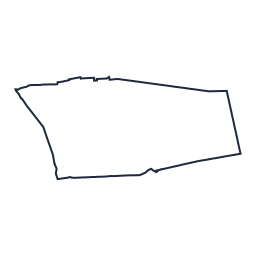 the district of Boekel, Noord-Brabant, Netherlands
{"feature_id": "6326949B38517074221522", "entity_name": "Boekel", "entity_type": "district", "adm_level": 2, "iso_a3": "NLD", "parent_name": "Netherlands", "parent_adm1": "Noord-Brabant", "projection": "natural_earth1", "projection_center": [5.678, 51.606], "detail": "fine", "context": "isolated", "style": "outline", "palette": "slate", "viewbox_px": 256, "rotation_deg": 0, "n_neighbors": 0, "source": "geoboundaries", "source_scale": "gbopen_adm2", "svg_char_len": 4348}
<svg xmlns="http://www.w3.org/2000/svg" viewBox="0 0 256 256"><path d="M57.6,179.0L57.9,179.0L58.4,179.0L59.0,178.9L61.1,178.6L66.4,177.9L67.7,177.7L67.9,177.6L68.0,177.5L68.5,177.3L68.8,177.3L69.1,177.3L70.0,177.1L70.6,177.1L70.8,177.4L72.0,177.7L72.7,177.7L72.9,177.7L73.0,177.7L73.4,177.8L73.9,177.8L74.8,177.8L77.1,177.7L77.6,177.7L78.2,177.6L79.9,177.6L81.4,177.5L83.3,177.4L84.2,177.4L84.4,177.4L84.8,177.4L86.4,177.3L86.8,177.3L89.0,177.2L90.5,177.1L93.2,177.0L94.5,177.0L97.7,176.8L99.2,176.8L100.5,176.7L101.7,176.7L104.2,176.6L104.4,176.6L106.1,176.5L106.3,176.5L107.0,176.4L108.7,176.2L108.9,176.2L109.2,176.1L110.2,176.1L111.1,176.0L111.6,176.0L112.0,176.0L112.6,176.1L113.0,176.1L113.4,176.1L113.9,176.1L115.1,176.0L116.2,176.0L116.5,176.0L117.8,175.9L119.1,175.8L120.3,175.8L121.5,175.7L122.8,175.6L123.9,175.6L125.6,175.5L126.3,175.4L127.0,175.4L129.9,175.3L131.1,175.3L132.3,175.3L132.8,175.3L133.3,175.3L138.7,175.2L139.6,175.2L143.3,173.6L144.5,173.0L144.7,172.9L145.5,172.6L146.8,171.4L147.7,170.6L148.1,170.3L150.0,169.3L150.3,169.1L150.9,168.8L151.2,168.8L152.6,170.0L152.9,170.3L153.3,170.5L153.6,170.7L153.8,170.8L154.1,170.9L154.4,171.0L154.6,171.1L155.0,171.3L155.3,171.5L155.6,171.7L155.8,171.8L156.1,172.0L156.3,172.1L156.6,171.9L157.1,171.5L157.3,171.4L156.7,170.5L158.1,170.2L158.9,170.1L159.4,169.9L160.6,169.4L160.7,169.6L161.5,169.3L162.2,169.2L166.0,168.4L168.5,167.8L169.4,167.6L171.7,167.1L173.7,166.6L177.1,165.9L179.6,165.3L182.4,164.6L183.6,164.3L190.7,162.8L191.0,162.7L192.5,162.4L196.9,161.4L198.8,161.0L203.5,160.2L206.8,159.7L209.3,159.2L209.5,159.2L210.6,159.0L213.0,158.5L215.3,158.2L216.9,157.9L218.5,157.6L221.2,157.1L226.8,156.1L228.7,155.8L231.5,155.3L233.4,155.0L237.9,154.2L239.2,154.0L240.6,153.7L240.3,152.7L240.1,151.7L239.8,150.6L239.5,149.1L239.2,147.8L237.9,141.9L237.0,137.6L236.9,137.2L235.7,131.6L234.6,127.0L233.5,121.6L232.4,116.9L231.6,113.3L231.6,113.0L230.7,109.0L229.8,105.0L228.9,100.8L226.8,91.3L226.7,90.9L222.3,91.0L217.2,91.1L216.6,91.2L216.1,91.2L214.9,91.2L209.0,91.3L208.7,91.3L205.2,90.8L203.2,90.6L195.7,89.5L187.9,88.5L182.4,87.7L176.8,87.0L172.4,86.4L169.8,86.0L166.2,85.5L159.3,84.6L157.8,84.4L154.9,84.0L150.4,83.4L139.5,81.9L136.4,81.5L128.3,80.4L126.7,80.2L117.9,79.0L117.3,79.0L117.0,79.0L116.6,79.1L115.9,79.1L113.0,79.4L111.2,79.6L109.5,79.7L109.4,78.5L109.1,77.0L106.8,78.4L106.7,78.5L102.5,78.7L101.0,78.8L96.8,79.0L96.7,79.0L96.8,79.8L96.9,80.5L94.1,80.7L93.9,77.8L92.7,77.9L91.9,77.9L87.4,78.1L85.2,78.2L84.3,78.3L83.4,78.3L81.2,78.5L80.8,78.6L80.6,77.9L80.5,77.5L80.4,77.2L74.0,78.4L69.2,79.3L69.4,79.9L69.4,80.0L69.2,80.1L68.0,80.4L67.1,80.6L65.2,81.0L64.6,81.1L63.5,81.4L62.4,81.6L61.3,81.8L61.1,81.9L59.9,82.1L58.9,82.1L57.8,82.1L57.6,82.2L57.5,82.8L57.5,83.2L57.4,84.0L57.2,84.2L57.0,84.3L55.9,84.3L54.7,84.4L53.5,84.4L51.9,84.4L50.4,84.4L50.1,84.4L48.6,84.4L47.2,84.5L45.3,84.5L44.3,84.5L43.7,84.5L43.3,84.5L42.9,84.5L41.8,84.8L41.5,84.8L39.9,85.0L39.7,85.0L39.3,85.0L39.0,85.0L38.0,85.0L37.0,84.9L36.7,85.0L36.3,85.0L35.1,85.0L33.9,85.0L32.6,85.1L31.8,85.1L31.0,85.1L30.7,85.1L30.4,85.1L29.7,85.3L29.0,85.4L28.7,85.5L27.5,86.3L27.2,86.5L26.0,86.9L24.9,87.1L23.8,87.4L22.6,87.7L21.7,87.9L21.4,88.0L20.1,88.4L19.9,88.5L19.7,88.6L18.7,89.3L17.9,89.8L17.1,89.4L16.8,89.3L16.1,89.3L15.9,89.3L15.6,89.3L15.4,89.3L15.5,89.6L16.1,90.7L16.6,91.5L16.8,91.8L17.2,92.2L17.5,92.6L18.4,93.5L18.7,93.7L18.9,93.9L18.9,94.3L19.3,94.8L19.3,95.1L19.7,95.9L19.9,96.3L20.1,96.7L21.0,98.1L21.2,98.5L21.3,98.6L21.5,98.6L21.8,98.6L22.0,98.7L22.4,99.4L23.0,100.2L26.0,104.7L27.5,106.8L28.7,108.3L33.1,113.9L40.9,123.9L41.0,124.1L42.5,126.0L43.2,126.8L43.3,126.9L43.3,127.0L43.6,128.0L44.0,129.0L45.7,134.0L46.5,136.4L46.8,137.3L47.0,137.8L47.2,138.5L47.3,138.8L47.5,139.1L47.8,140.1L48.6,142.5L49.1,143.8L50.2,146.9L51.0,149.3L52.8,154.4L53.0,155.5L53.4,157.5L53.5,158.0L54.2,162.3L54.7,163.4L54.7,163.7L54.7,163.9L54.5,164.0L54.6,164.3L55.0,165.0L55.1,165.4L55.2,165.5L55.6,166.4L55.9,167.0L56.1,167.3L56.2,167.6L56.3,167.9L56.4,168.2L56.5,168.5L56.5,168.8L56.5,169.1L56.5,169.5L56.4,169.9L56.4,170.2L56.3,170.6L56.3,170.9L56.2,171.3L56.1,171.7L56.0,172.5L56.0,172.9L55.9,173.3L55.9,173.5L55.9,173.8L56.0,173.9L56.0,174.0L56.1,174.5L56.2,174.8L56.4,175.4L56.6,175.9L56.8,176.6L57.1,177.3L57.3,177.9L57.4,178.3L57.6,179.0Z" fill="none" stroke="#1e293b" stroke-width="2"/></svg>